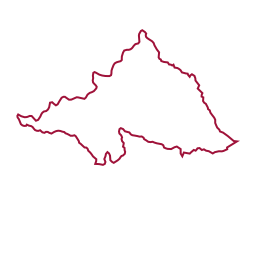 Amaral Ferrador, Rio Grande do Sul, Brazil, rotated 144°
{"feature_id": "56859067B12892972643779", "entity_name": "Amaral Ferrador", "entity_type": "district", "adm_level": 2, "iso_a3": "BRA", "parent_name": "Brazil", "parent_adm1": "Rio Grande do Sul", "projection": "orthographic", "projection_center": [-52.29, -30.792], "detail": "fine", "context": "isolated", "style": "outline", "palette": "rose", "viewbox_px": 256, "rotation_deg": 144, "n_neighbors": 0, "source": "geoboundaries", "source_scale": "gbopen_adm2", "svg_char_len": 3393}
<svg xmlns="http://www.w3.org/2000/svg" viewBox="0 0 256 256"><g transform="rotate(144 128 128)"><path d="M100.7,73.2L97.2,75.3L95.7,73.7L93.1,71.0L91.2,71.3L87.7,71.6L86.6,69.9L85.2,70.2L83.7,70.7L81.9,69.7L81.2,66.8L79.1,66.1L78.2,63.8L76.3,61.8L74.4,57.6L71.9,57.4L68.2,55.8L65.7,53.9L64.2,53.3L60.2,52.5L59.3,54.0L47.7,53.1L50.1,55.3L52.0,62.9L53.8,68.4L55.6,71.1L55.1,73.0L55.6,75.9L55.1,78.3L54.5,80.8L52.6,83.4L52.2,85.7L52.3,89.5L52.3,92.0L51.5,94.2L52.1,96.3L51.4,97.7L50.8,101.8L51.5,103.7L51.4,105.7L49.1,108.5L50.0,110.2L48.9,111.5L47.3,112.5L47.8,115.4L48.4,118.9L45.3,120.7L45.5,126.7L44.3,128.7L43.6,131.1L44.7,133.9L46.6,133.9L48.0,133.2L48.2,135.3L47.8,136.9L49.1,138.1L51.7,141.3L51.5,144.0L52.1,146.0L52.8,147.5L54.8,149.5L54.0,152.5L55.5,152.6L56.1,154.1L57.4,155.2L57.3,157.7L60.1,160.3L61.7,162.6L61.2,164.1L61.9,165.5L61.7,167.1L58.4,170.9L58.5,174.6L58.0,179.3L57.3,181.6L57.5,183.9L58.1,185.5L58.9,187.5L59.6,189.5L59.8,191.2L59.0,192.8L57.8,193.7L57.9,195.7L59.0,198.7L60.6,198.9L63.7,197.5L64.9,196.3L68.1,191.0L70.0,190.4L72.7,191.5L75.1,191.1L76.8,190.5L78.1,190.2L79.7,190.2L81.4,190.8L83.1,192.0L85.5,192.9L87.7,191.9L90.9,189.5L92.1,188.0L93.0,186.7L94.7,186.4L96.7,187.2L98.7,187.9L100.8,188.1L102.9,187.3L104.1,186.5L105.7,185.5L107.6,184.1L109.6,181.6L110.7,180.7L112.5,180.9L115.8,183.4L118.1,185.7L119.8,188.0L121.4,191.5L122.2,192.9L123.6,193.0L125.7,190.9L126.8,188.9L128.5,187.3L129.5,185.3L129.3,183.3L129.0,181.5L129.1,179.7L130.4,178.7L131.7,178.4L133.9,177.9L136.0,178.2L138.4,178.9L141.1,178.8L144.2,177.4L146.1,177.2L148.2,179.6L150.3,182.0L151.4,183.0L153.5,183.5L155.0,183.8L157.2,184.3L159.1,185.6L160.7,190.3L161.9,191.2L163.9,191.5L168.2,189.8L171.0,188.5L173.0,188.7L173.8,191.3L174.2,193.4L176.2,194.3L179.6,191.1L181.9,190.0L184.2,189.8L186.4,190.8L188.4,190.7L190.2,190.0L192.2,188.8L195.9,187.4L198.2,188.0L198.9,194.3L200.4,195.5L202.8,196.1L204.1,196.7L205.4,197.6L207.4,200.2L208.9,203.5L210.4,202.8L211.1,201.4L211.1,199.3L211.6,197.2L212.4,194.1L211.9,192.2L210.8,190.7L209.2,189.7L207.9,190.2L206.8,188.2L205.2,186.4L204.6,184.8L204.6,182.8L204.4,181.0L203.5,179.5L202.3,178.4L200.4,177.8L199.8,174.8L198.4,173.2L196.7,173.1L195.2,172.0L194.5,170.3L193.2,168.5L190.0,168.2L187.9,167.7L186.0,166.8L184.4,165.3L183.4,163.8L181.9,162.1L181.7,160.5L180.6,158.9L179.7,157.1L179.0,155.5L177.4,154.3L175.6,153.6L175.1,152.1L175.3,148.7L175.5,146.3L176.2,144.8L175.6,143.0L175.1,140.3L174.6,137.8L173.2,136.6L172.9,135.0L173.5,133.0L173.0,130.4L172.9,128.0L173.0,125.6L172.5,123.5L172.0,121.4L173.2,119.9L175.6,118.2L172.6,115.8L169.9,112.9L167.9,112.6L166.2,113.8L165.4,116.8L162.8,118.4L161.1,120.0L158.8,120.6L158.3,118.6L158.8,116.2L161.2,112.3L160.8,109.9L160.0,108.2L155.4,107.9L153.0,108.1L151.5,108.7L149.7,109.2L148.4,108.7L145.8,109.0L144.3,110.4L143.8,112.0L142.5,114.0L143.0,115.8L141.4,117.2L140.3,118.3L140.5,120.8L139.7,122.9L138.3,123.9L137.8,126.1L138.2,128.6L137.3,130.5L135.5,132.1L133.9,132.1L132.6,130.0L132.4,127.1L131.1,125.5L129.5,123.6L129.5,121.3L128.8,119.7L127.2,118.1L125.2,116.0L123.7,114.2L121.9,113.1L121.1,111.0L121.5,109.5L120.6,107.5L119.7,104.9L118.0,103.3L116.2,102.4L115.2,100.7L113.7,98.7L112.0,96.9L110.3,95.1L109.6,93.3L110.3,91.0L109.4,89.4L108.3,87.9L106.8,86.7L105.5,85.6L103.3,85.3L101.7,85.1L99.4,84.3L97.8,80.0L100.4,76.4L100.7,73.2Z" fill="none" stroke="#9f1239" stroke-width="2"/></g></svg>